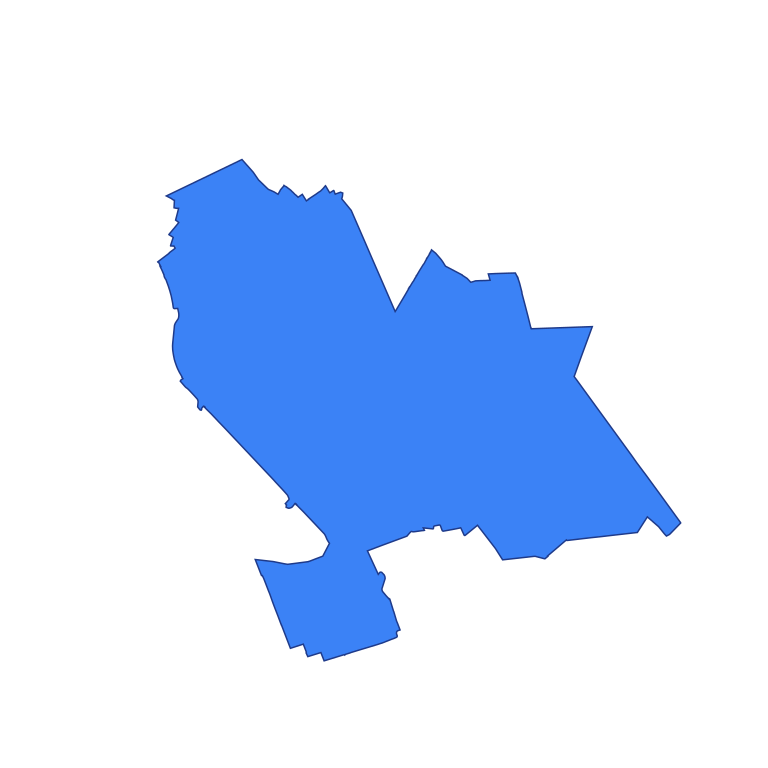 outline of Rucphen, Noord-Brabant, Netherlands, rotated 241°
{"feature_id": "6326949B79033255924519", "entity_name": "Rucphen", "entity_type": "district", "adm_level": 2, "iso_a3": "NLD", "parent_name": "Netherlands", "parent_adm1": "Noord-Brabant", "projection": "equal_earth", "projection_center": [4.569, 51.521], "detail": "fine", "context": "isolated", "style": "filled", "palette": "blue", "viewbox_px": 768, "rotation_deg": 241, "n_neighbors": 0, "source": "geoboundaries", "source_scale": "gbopen_adm2", "svg_char_len": 5895}
<svg xmlns="http://www.w3.org/2000/svg" viewBox="0 0 768 768"><g transform="rotate(241 384 384)"><path d="M485.3,207.2L478.2,208.7L476.9,209.1L475.5,209.8L474.6,210.1L472.9,210.6L467.4,212.0L462.2,213.2L461.3,213.4L461.0,213.4L460.1,213.3L458.8,212.9L457.7,212.2L454.3,209.9L451.7,210.3L450.4,210.6L449.7,211.4L450.0,212.1L451.0,212.5L451.7,214.1L452.0,214.9L452.1,215.3L452.0,215.6L451.8,215.8L451.5,215.9L451.3,216.0L451.1,215.6L450.3,215.9L450.4,216.2L450.2,216.2L449.7,216.2L449.4,216.1L441.6,218.4L430.6,221.2L422.0,223.5L353.4,241.0L350.7,241.6L345.9,242.8L339.0,244.5L334.1,245.6L333.7,245.7L333.1,245.7L330.2,245.4L329.5,245.2L329.1,244.9L328.8,244.5L328.6,243.7L327.6,240.9L327.2,239.7L325.4,240.1L325.3,239.7L323.5,238.6L322.4,239.7L322.2,239.8L321.9,239.9L321.7,240.2L321.5,240.5L321.2,241.2L320.9,242.7L320.9,243.1L320.9,243.9L321.0,244.2L321.7,246.1L322.6,248.0L322.7,248.3L322.5,248.6L322.2,248.8L321.8,248.5L320.9,248.7L321.0,249.1L320.7,249.2L320.3,249.2L320.1,249.1L316.8,250.0L311.2,251.6L282.0,259.1L281.0,259.2L279.6,259.2L278.5,259.1L275.9,258.8L274.1,258.8L272.4,258.9L271.1,259.1L264.3,248.8L263.1,247.0L264.1,240.2L264.7,235.8L265.1,232.9L265.3,232.3L265.3,231.7L273.0,212.3L274.9,209.9L282.5,200.9L292.7,186.6L292.9,186.3L275.9,184.0L275.7,184.1L275.5,184.7L272.1,184.5L266.3,183.7L258.5,182.6L257.4,182.5L255.2,182.2L248.7,181.1L245.6,180.6L240.8,179.9L232.7,178.8L223.3,177.4L223.3,177.5L221.6,177.3L198.2,174.0L195.6,187.3L187.2,186.1L186.6,185.5L182.5,185.2L179.7,198.6L170.9,197.4L166.6,217.9L165.9,218.2L166.1,218.6L166.2,219.0L166.2,219.4L165.2,224.2L165.2,224.3L165.2,224.7L163.3,233.6L159.4,251.6L158.6,255.8L158.4,256.5L157.1,266.5L156.6,269.5L156.4,272.0L156.4,272.3L156.4,272.5L156.6,272.8L156.8,273.1L157.0,273.3L157.3,273.4L157.9,273.7L158.4,273.6L159.0,273.8L159.6,273.9L160.3,274.3L160.7,274.6L161.0,274.8L161.2,275.1L161.4,275.6L161.5,276.0L161.5,276.5L161.1,278.8L168.0,279.8L170.7,280.1L180.2,282.2L180.7,282.2L193.1,284.8L193.3,284.7L192.3,284.5L197.7,283.2L203.0,282.2L203.9,282.2L204.7,282.4L205.8,282.8L213.2,290.6L214.7,291.3L215.6,291.5L217.0,291.6L220.4,290.7L221.1,289.9L221.3,289.1L220.3,286.7L246.1,288.6L243.9,303.7L239.8,330.3L241.1,333.7L241.7,335.5L241.8,336.3L241.7,336.6L240.9,337.4L240.3,338.4L239.8,339.6L237.4,345.9L236.6,347.7L236.4,348.4L239.1,348.6L233.5,356.6L233.5,356.8L233.6,357.1L234.9,358.1L235.1,358.3L235.3,358.6L235.4,358.9L235.4,359.3L234.0,363.6L233.7,364.3L233.2,364.6L232.5,364.6L228.1,363.9L227.4,363.9L227.0,364.1L226.7,364.3L226.5,364.7L225.9,366.4L223.5,373.5L221.5,379.7L221.3,380.4L221.2,381.2L221.0,381.3L220.8,381.4L213.0,380.8L212.6,380.9L212.5,381.0L212.3,381.3L212.3,381.8L215.1,397.3L212.3,397.7L208.0,398.4L186.1,401.7L172.7,402.5L160.5,431.7L159.9,432.8L153.4,439.6L153.1,440.0L153.8,443.8L154.3,443.7L159.2,467.9L158.6,468.0L158.4,468.3L158.2,468.7L149.2,490.6L145.5,499.3L142.0,507.8L141.8,508.3L141.1,510.0L131.3,533.6L134.0,538.6L140.1,549.9L126.1,555.0L116.9,556.6L114.1,557.3L114.0,560.5L114.1,561.1L114.2,561.6L118.6,576.1L118.9,576.2L151.8,572.2L178.1,568.9L181.6,568.4L183.0,568.2L191.8,567.0L192.4,566.9L200.8,566.0L294.9,554.4L298.3,553.9L312.2,569.7L333.2,594.0L360.9,539.6L361.6,539.8L361.7,539.6L373.2,542.7L384.5,545.6L396.4,548.6L396.5,548.7L397.7,549.2L398.1,549.3L406.6,551.5L409.2,552.0L411.7,552.4L411.7,552.6L412.8,552.7L412.7,552.5L417.4,552.7L420.9,546.0L426.4,535.3L429.7,528.6L423.3,527.1L425.7,522.1L426.0,521.7L427.1,519.4L427.3,519.2L429.8,514.1L429.9,513.8L430.0,513.2L430.3,511.7L430.9,509.2L436.0,507.9L440.4,505.6L441.0,505.2L441.4,505.3L457.1,495.0L457.2,494.9L460.8,494.7L461.5,494.7L464.5,494.4L466.3,494.1L473.3,492.6L478.3,490.6L477.5,489.6L476.6,488.5L476.8,488.4L475.8,486.8L475.6,486.8L473.8,483.7L473.3,482.4L473.1,482.5L471.5,479.9L470.3,478.1L469.9,477.5L469.4,476.2L466.0,470.1L463.5,465.9L463.1,464.9L462.9,465.0L461.8,463.0L461.1,461.8L460.7,461.1L460.1,460.4L459.6,459.4L459.2,458.4L456.3,453.4L456.5,453.3L455.5,451.6L455.3,451.7L453.4,448.5L452.3,446.7L446.0,435.9L445.0,434.2L442.8,430.5L442.0,428.9L445.1,429.2L468.8,431.5L500.3,434.5L515.4,436.0L551.7,439.5L566.5,436.8L567.5,437.9L568.5,438.8L571.0,440.5L572.8,439.0L573.7,433.6L573.7,433.4L574.2,433.4L577.1,433.9L577.5,433.9L577.7,433.7L577.5,429.3L577.6,429.2L585.4,429.0L585.8,428.9L584.5,425.5L583.5,422.0L583.4,419.9L583.0,416.6L582.3,407.5L582.0,407.5L581.8,404.9L589.5,404.5L589.0,399.4L591.5,398.7L593.1,398.0L593.9,397.8L596.1,397.2L596.7,396.9L596.9,396.9L597.3,396.8L598.7,396.4L600.6,395.6L601.9,395.0L603.8,394.2L605.4,393.1L606.2,392.8L605.7,392.1L604.3,388.3L604.0,387.6L603.4,386.7L603.2,386.4L601.3,383.3L605.3,381.0L607.6,379.3L609.9,377.5L610.3,377.3L610.9,377.0L622.4,373.5L623.3,373.2L632.6,372.3L649.2,368.6L654.0,284.8L649.8,287.6L649.1,288.1L648.3,288.3L647.0,289.1L646.3,289.5L646.2,289.7L639.9,285.8L639.1,286.7L638.4,287.5L637.6,288.8L637.2,289.5L633.0,285.6L628.4,281.2L624.8,282.8L624.5,282.3L623.9,280.8L621.6,275.0L621.6,274.9L619.1,268.4L618.9,268.3L615.5,270.2L614.4,270.7L613.9,270.2L613.1,269.3L608.9,264.8L608.3,264.3L608.2,264.3L606.6,266.9L606.6,267.1L604.1,267.2L603.8,266.2L602.9,259.9L602.8,259.7L602.6,259.6L602.5,259.3L600.5,245.3L600.4,245.3L600.4,245.9L595.2,245.7L595.5,245.2L590.5,244.9L586.8,244.5L586.6,244.6L586.1,244.4L585.0,244.0L584.0,243.8L583.3,243.7L582.6,243.8L582.0,243.7L581.2,243.9L576.6,243.2L574.1,242.8L569.1,241.8L564.2,240.6L559.8,239.2L557.0,238.3L553.1,236.8L552.4,236.7L551.6,237.1L550.1,240.2L546.1,239.0L544.8,238.5L543.6,237.9L542.4,237.1L541.4,236.3L540.6,235.3L540.3,234.6L538.7,231.5L538.2,230.7L537.6,230.0L537.0,229.3L536.2,228.7L533.4,226.8L521.7,218.7L519.8,217.5L517.8,216.5L516.2,215.7L513.6,214.7L511.4,213.9L509.2,213.2L507.0,212.5L504.7,212.0L502.4,211.6L500.0,211.2L497.4,210.9L493.4,210.7L488.3,210.8L488.1,210.5L486.1,210.7L486.0,208.4L485.3,207.2Z" fill="#3b82f6" stroke="#1e3a8a" stroke-width="1.5"/></g></svg>